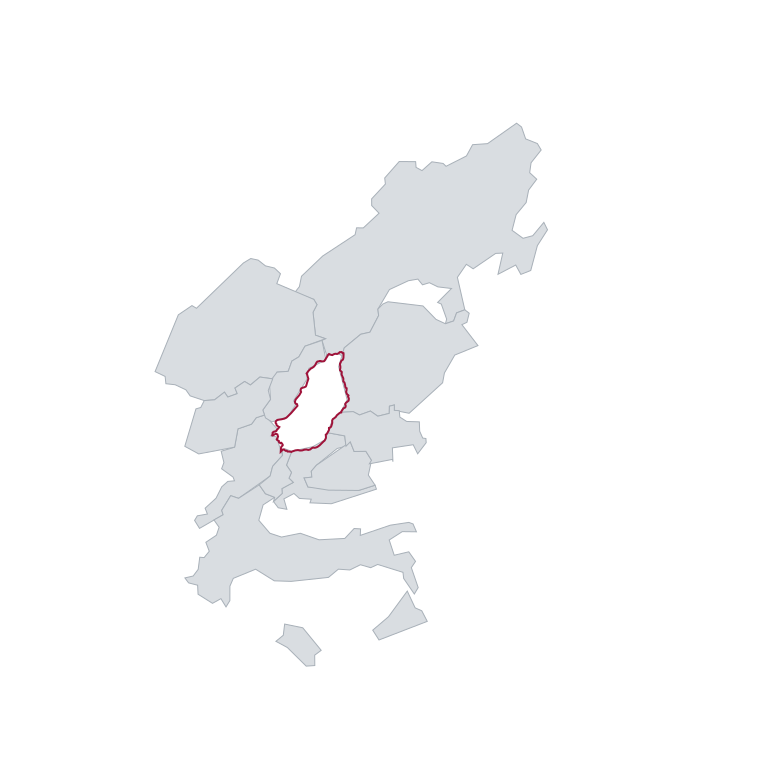 Hungary and the surrounding countries, rotated 314°
{"feature_id": "HUN", "entity_name": "Hungary", "entity_type": "country or territory", "adm_level": 0, "iso_a3": "HUN", "parent_name": "Europe", "parent_adm1": "", "projection": "natural_earth1", "projection_center": [19.424, 47.153], "detail": "fine", "context": "with_neighbors", "style": "outline", "palette": "rose", "viewbox_px": 768, "rotation_deg": 314, "n_neighbors": 11, "source": "natural_earth", "source_scale": "50m", "svg_char_len": 8050}
<svg xmlns="http://www.w3.org/2000/svg" viewBox="0 0 768 768"><g transform="rotate(314 384 384)"><path d="M585.4,382.8L594.0,388.0L611.3,386.7L608.5,394.5L590.1,398.2L567.6,410.7L557.9,406.3L561.1,396.1L542.1,389.8L560.7,378.5L555.5,373.6L528.8,368.1L527.3,360.1L511.7,362.7L493.5,390.6L485.6,386.8L477.7,390.3L470.0,386.3L474.2,384.0L481.3,369.7L479.9,365.9L499.6,366.2L491.3,355.3L488.4,346.3L482.1,342.8L483.0,335.5L475.2,329.8L455.7,322.3L433.6,327.6L429.5,332.6L411.5,337.9L403.6,332.7L382.4,330.3L375.2,334.8L373.9,329.1L364.6,323.3L372.3,309.1L375.9,310.4L371.5,300.8L386.3,283.1L394.5,280.7L396.1,274.7L387.4,256.3L395.3,255.5L404.2,249.8L433.5,251.0L471.3,259.5L477.3,255.8L481.9,260.7L503.4,261.8L503.8,251.2L508.6,246.5L528.8,246.1L532.7,241.4L554.6,240.4L565.9,252.3L562.1,256.6L563.9,263.1L577.1,264.1L583.7,273.3L583.7,277.4L605.3,284.9L617.7,281.5L628.8,291.5L663.7,298.2L664.4,304.4L658.7,315.6L663.5,327.3L661.5,334.5L645.3,336.1L637.2,342.0L637.4,351.6L624.0,353.3L613.3,360.2L597.6,361.4L583.5,369.4L585.4,382.8Z" fill="#d9dde1" stroke="#a8b0b8" stroke-width="1"/><path d="M385.7,207.4L386.6,216.6L391.3,224.6L391.4,232.9L381.7,237.2L396.1,274.7L394.5,280.7L386.3,283.1L371.5,300.8L375.9,310.4L356.3,300.9L344.4,303.9L336.5,301.8L326.6,306.3L318.2,298.8L311.4,301.7L302.8,289.9L290.5,288.6L289.0,282.0L277.6,279.6L275.1,285.1L266.1,280.7L267.3,274.9L254.9,273.1L247.2,266.2L240.8,252.8L242.2,245.5L238.4,234.3L232.7,226.9L237.4,221.3L233.9,210.7L290.9,188.0L307.0,191.4L308.2,196.5L373.4,198.8L381.7,201.0L385.7,207.4Z" fill="#d9dde1" stroke="#a8b0b8" stroke-width="1"/><path d="M278.7,319.6L277.5,338.4L268.0,338.5L271.2,343.1L262.2,360.6L247.4,361.1L238.7,366.0L200.7,358.8L197.2,351.3L180.4,355.0L178.2,359.1L152.0,351.6L154.3,342.5L159.5,341.3L167.8,347.3L170.4,341.6L185.2,342.5L197.4,338.7L205.4,339.3L210.5,343.7L212.2,340.1L210.2,326.1L216.3,323.4L222.5,313.6L234.8,320.4L250.3,310.1L263.1,316.6L271.0,315.5L278.7,319.6Z" fill="#d9dde1" stroke="#a8b0b8" stroke-width="1"/><path d="M470.0,386.3L477.7,390.3L485.6,386.8L493.5,390.6L494.1,396.1L486.0,400.8L480.8,398.8L476.9,424.9L454.0,414.8L433.9,419.8L425.6,425.3L380.4,422.4L372.2,409.7L376.1,406.0L371.8,403.3L366.5,408.2L356.5,401.9L355.1,393.0L344.7,387.9L342.7,381.0L333.5,372.5L347.0,368.5L365.0,339.3L382.4,330.3L403.6,332.7L411.5,337.9L429.5,332.6L433.6,327.6L440.7,327.6L445.9,329.7L467.2,357.8L466.6,376.5L470.0,386.3Z" fill="#d9dde1" stroke="#a8b0b8" stroke-width="1"/><path d="M271.5,364.4L289.5,376.3L303.5,380.5L309.8,377.3L319.4,391.8L312.8,399.9L305.1,395.1L278.6,391.8L270.7,392.3L266.9,396.8L260.9,391.8L257.1,400.8L289.8,439.7L305.0,447.9L303.1,451.6L261.3,429.3L247.1,413.3L250.6,411.7L242.9,402.6L242.7,395.3L231.8,391.8L226.4,401.2L221.5,393.9L222.7,386.1L234.6,386.8L237.8,383.2L250.2,387.1L250.2,381.1L256.1,378.9L257.9,370.2L271.5,364.4Z" fill="#d9dde1" stroke="#a8b0b8" stroke-width="1"/><path d="M168.1,356.1L178.2,359.1L180.4,355.0L197.2,351.3L200.7,358.8L224.8,364.3L222.7,374.9L226.5,384.1L213.1,381.0L199.0,388.6L197.4,405.6L202.7,416.6L218.5,427.5L226.8,445.5L245.7,463.1L259.3,462.9L263.5,467.8L258.6,472.1L286.8,486.6L301.7,498.0L303.5,502.1L300.2,510.0L290.5,499.7L275.4,496.1L267.9,510.3L280.5,518.4L278.3,529.9L270.9,531.2L261.3,550.0L254.0,551.7L257.8,533.2L261.7,528.5L249.8,504.8L242.6,502.0L237.6,492.6L226.5,488.6L219.1,479.8L206.3,478.4L177.5,454.3L166.2,441.8L161.6,420.3L139.5,410.6L131.5,413.6L121.1,423.6L113.9,425.2L116.3,415.8L107.1,413.0L103.6,396.3L109.8,389.7L105.2,381.6L106.2,375.5L113.3,380.1L121.6,379.1L131.4,371.8L134.2,375.2L142.3,374.5L146.4,365.8L158.8,368.5L166.4,364.9L168.1,356.1ZM219.7,548.9L251.2,544.6L244.6,561.9L247.1,568.7L243.3,580.0L196.4,558.2L199.1,546.9L219.7,548.9ZM133.3,486.1L142.3,479.3L152.2,494.9L148.8,523.8L140.8,522.5L133.4,529.8L127.0,524.0L127.3,497.5L123.8,485.0L133.3,486.1Z" fill="#d9dde1" stroke="#a8b0b8" stroke-width="1"/><path d="M224.8,364.3L238.7,366.0L247.4,361.1L262.2,360.6L265.5,356.9L268.3,357.2L271.5,364.4L257.9,370.2L256.1,378.9L250.2,381.1L250.2,387.1L237.8,383.2L234.6,386.8L222.7,386.1L226.5,384.1L222.7,374.9L224.8,364.3Z" fill="#d9dde1" stroke="#a8b0b8" stroke-width="1"/><path d="M372.3,309.1L361.0,325.5L343.0,319.0L333.6,325.3L309.1,330.6L307.7,334.9L293.6,337.5L278.9,329.7L277.3,322.3L281.1,314.9L294.2,313.0L305.5,300.4L318.2,298.8L326.6,306.3L336.5,301.8L344.4,303.9L356.3,300.9L372.3,309.1Z" fill="#d9dde1" stroke="#a8b0b8" stroke-width="1"/><path d="M247.2,266.2L254.9,273.1L267.3,274.9L266.1,280.7L275.1,285.1L277.6,279.6L289.0,282.0L290.5,288.6L302.8,289.9L310.4,300.4L299.0,305.2L294.2,313.0L281.1,314.9L278.7,319.6L271.0,315.5L263.1,316.6L250.3,310.1L234.8,320.4L205.0,299.3L200.8,284.0L235.5,266.0L239.8,268.5L247.2,266.2Z" fill="#d9dde1" stroke="#a8b0b8" stroke-width="1"/><path d="M305.0,447.9L289.8,439.7L269.0,417.7L257.1,400.8L260.9,391.8L266.9,396.8L270.7,392.3L278.6,391.8L319.0,399.9L314.7,409.4L323.0,417.7L320.5,428.0L307.6,436.0L305.0,447.9Z" fill="#d9dde1" stroke="#a8b0b8" stroke-width="1"/><path d="M309.8,377.3L322.9,371.6L333.5,372.5L342.7,381.0L344.7,387.9L355.1,393.0L356.5,401.9L366.5,408.2L371.8,403.3L376.1,406.0L372.2,409.7L375.4,413.5L371.2,418.4L372.8,426.3L381.3,435.7L374.8,442.5L372.0,449.4L373.9,452.0L371.1,455.1L357.2,456.7L360.6,447.2L343.9,434.4L334.3,444.4L335.7,442.5L316.4,428.9L320.5,428.0L323.0,417.7L314.7,409.4L319.0,399.9L312.8,399.9L319.4,391.8L309.8,377.3Z" fill="#d9dde1" stroke="#a8b0b8" stroke-width="1"/><path d="M365.3,323.6L366.9,323.5L367.0,323.5L367.4,323.6L367.7,324.6L368.1,325.3L368.5,326.2L369.0,326.8L370.3,327.1L371.9,327.9L373.0,329.4L374.6,330.1L375.0,330.0L376.1,330.0L376.3,330.3L377.3,331.0L377.6,331.7L377.4,332.4L377.6,333.2L378.0,333.4L377.6,334.0L374.7,336.6L373.5,337.3L372.8,337.5L371.5,337.2L370.3,337.4L369.2,338.0L368.2,338.1L367.4,338.8L366.4,340.3L365.2,341.5L364.0,342.2L363.3,342.9L363.3,345.3L362.6,345.9L361.7,346.6L361.2,347.2L359.8,350.8L358.7,351.9L357.7,352.8L357.6,353.6L357.6,354.5L356.5,356.4L355.0,358.3L354.7,359.1L355.0,360.1L353.6,361.3L352.7,361.9L352.0,362.2L351.6,363.0L350.9,364.8L351.1,365.6L351.1,366.4L349.9,366.9L349.6,367.7L349.2,368.7L348.7,369.2L347.4,370.1L343.9,369.7L342.6,370.0L342.2,370.6L342.1,371.1L341.7,371.6L340.9,372.2L340.1,372.4L338.3,371.7L334.5,372.4L333.8,373.0L333.3,372.6L332.5,372.2L328.6,371.8L327.1,372.2L325.0,372.0L323.2,371.6L321.8,372.0L320.5,373.4L319.9,373.9L319.4,374.2L318.3,374.7L317.5,375.2L316.3,375.6L315.2,375.6L314.2,374.9L313.9,375.1L313.5,375.7L313.0,376.2L311.5,376.8L311.1,376.8L309.9,377.2L308.0,377.5L307.1,377.3L305.3,379.3L304.8,379.7L303.2,380.3L301.8,380.6L300.7,380.4L300.2,380.4L295.1,380.3L292.4,379.8L290.7,379.0L289.6,378.1L289.1,377.2L287.7,376.6L285.7,376.4L284.0,375.4L282.9,373.6L281.3,372.3L279.4,371.3L277.8,369.8L276.7,368.0L274.6,366.3L271.6,364.8L270.7,364.5L270.5,364.0L269.1,362.2L268.4,361.5L268.5,360.6L268.2,360.1L267.7,359.8L267.4,358.4L267.3,357.5L266.8,356.8L263.6,356.7L266.3,354.4L267.7,353.7L269.3,353.8L269.8,353.6L269.9,353.3L270.2,352.5L270.3,351.8L270.4,351.1L270.3,350.8L269.5,350.6L269.2,349.0L269.6,348.3L270.0,347.9L269.5,345.9L269.7,345.2L270.9,345.1L271.9,344.6L272.7,344.2L273.0,343.5L273.7,342.3L273.1,340.7L269.6,339.7L269.4,339.3L270.2,338.8L271.1,338.2L271.6,337.7L272.3,337.7L273.2,337.9L274.9,339.0L275.5,339.2L276.2,338.9L276.8,338.8L278.7,338.8L280.3,338.6L279.9,337.4L279.9,336.5L279.7,335.8L279.9,335.0L280.5,334.4L280.7,333.1L281.7,332.2L282.1,332.1L283.9,332.2L284.3,332.5L284.5,332.5L287.3,334.7L289.9,336.4L292.0,337.2L295.1,337.3L298.4,337.4L304.0,337.1L308.2,336.9L308.4,336.5L309.1,335.5L308.6,334.6L308.6,333.6L309.3,332.3L311.4,331.2L317.3,330.8L320.7,329.9L321.2,328.8L322.3,327.8L323.3,327.5L324.7,328.0L326.4,329.0L327.9,329.5L328.8,329.2L331.8,327.6L335.2,326.0L337.6,321.7L337.8,321.0L340.4,320.6L344.1,320.6L346.0,321.2L347.5,321.5L349.6,321.4L352.7,320.5L353.9,320.5L354.8,321.2L355.8,321.7L356.5,322.4L357.0,323.4L357.2,323.7L357.7,324.2L358.5,324.9L359.2,325.1L365.0,323.9L365.3,323.6Z" fill="none" stroke="#9f1239" stroke-width="2"/></g></svg>